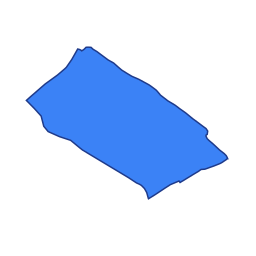 the district of Gros Islet/Edge Water, Gros Islet, Saint Lucia, rotated 211°
{"feature_id": "8701671B26446113405700", "entity_name": "Gros Islet/Edge Water", "entity_type": "district", "adm_level": 2, "iso_a3": "LCA", "parent_name": "Saint Lucia", "parent_adm1": "Gros Islet", "projection": "mercator", "projection_center": [-60.95, 14.079], "detail": "fine", "context": "isolated", "style": "filled", "palette": "blue", "viewbox_px": 256, "rotation_deg": 211, "n_neighbors": 0, "source": "geoboundaries", "source_scale": "gbopen_adm2", "svg_char_len": 1286}
<svg xmlns="http://www.w3.org/2000/svg" viewBox="0 0 256 256"><g transform="rotate(211 128 128)"><path d="M229.3,99.3L218.4,96.5L208.6,93.5L201.1,86.1L194.6,83.8L182.3,85.3L170.8,87.9L158.8,86.1L155.6,85.7L146.2,85.7L124.0,85.7L101.8,85.7L92.4,85.3L89.2,85.7L87.0,85.7L82.7,84.6L78.7,82.3L74.4,78.2L74.0,77.9L70.4,84.9L65.4,95.4L62.5,101.3L59.2,105.8L57.0,108.8L55.3,108.1L54.4,109.9L53.6,111.3L51.7,115.0L48.2,121.7L45.0,127.7L44.8,128.3L44.0,130.1L40.9,132.3L38.9,134.7L38.1,135.7L37.7,136.2L34.8,139.7L31.0,144.7L30.4,145.6L29.5,147.2L28.5,149.4L27.5,151.5L27.2,152.6L26.7,153.0L27.9,153.9L29.6,154.9L32.3,155.6L38.2,156.3L43.7,157.5L47.1,158.2L52.0,159.0L54.6,159.6L57.0,161.2L57.4,162.2L56.8,163.3L58.1,166.4L60.8,167.7L65.3,168.1L71.0,168.7L77.4,169.3L86.0,170.6L93.8,171.2L99.2,171.8L107.8,171.8L117.1,172.9L121.7,174.5L123.4,175.0L129.2,175.6L132.2,175.8L135.0,175.7L136.9,175.6L143.9,175.3L151.3,174.3L156.9,174.3L163.2,174.4L168.5,175.3L173.7,176.3L180.0,176.1L184.0,176.5L189.2,177.0L194.0,177.5L198.4,177.5L201.2,178.1L203.7,176.8L205.5,175.6L206.3,172.5L207.4,170.3L208.5,170.5L209.1,170.4L209.8,170.4L211.8,169.8L211.5,158.1L211.5,157.6L212.1,148.3L212.7,146.1L215.7,137.1L221.7,123.0L227.9,103.9L229.3,99.3Z" fill="#3b82f6" stroke="#1e3a8a" stroke-width="1.5"/></g></svg>